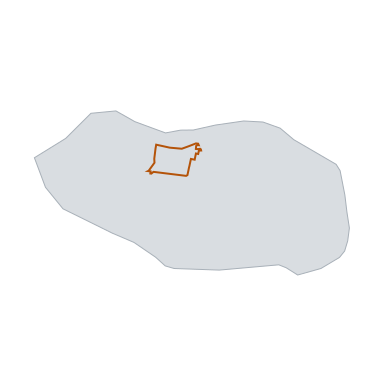 71, Umm Salal, Qatar (highlighted), rotated 277°
{"feature_id": "91078587B67880775667160", "entity_name": "71", "entity_type": "district", "adm_level": 2, "iso_a3": "QAT", "parent_name": "Qatar", "parent_adm1": "Umm Salal", "projection": "orthographic", "projection_center": [51.367, 25.463], "detail": "fine", "context": "in_parent", "style": "outline", "palette": "amber", "viewbox_px": 384, "rotation_deg": 277, "n_neighbors": 0, "source": "geoboundaries", "source_scale": "gbopen_adm2", "svg_char_len": 1087}
<svg xmlns="http://www.w3.org/2000/svg" viewBox="0 0 384 384"><g transform="rotate(277 192 192)"><path d="M207.6,344.1L191.0,348.2L175.4,352.6L162.5,352.5L152.0,350.7L145.1,346.4L131.8,329.3L122.5,307.0L128.3,294.7L130.3,287.0L117.8,228.5L113.9,183.6L115.4,174.4L122.8,163.9L134.9,140.5L141.4,118.0L159.6,66.0L178.8,46.0L206.8,31.4L229.8,60.1L257.8,82.1L263.2,106.6L254.9,126.6L247.4,158.5L252.0,173.1L253.7,185.8L261.3,207.1L268.8,234.7L270.1,253.9L266.1,271.7L256.3,286.7L237.0,331.7L231.2,336.4L207.6,344.1Z" fill="#d9dde1" stroke="#a8b0b8" stroke-width="1"/><path d="M240.7,192.2L240.7,190.0L237.0,183.1L233.7,176.6L233.5,170.5L233.3,164.5L233.8,159.3L234.6,150.7L230.8,150.5L220.4,150.5L216.5,151.2L207.8,146.4L207.4,145.8L207.4,146.6L207.4,148.4L205.3,148.4L205.3,149.4L207.3,151.3L207.3,167.9L207.3,171.4L207.3,184.2L208.2,185.4L216.4,186.1L216.8,186.2L224.7,186.9L224.4,190.7L230.7,191.2L230.5,193.5L234.0,193.8L234.3,196.0L235.4,195.6L235.9,194.8L235.3,192.8L235.2,190.6L238.2,190.5L239.3,191.7L239.3,193.0L240.7,192.2Z" fill="none" stroke="#b45309" stroke-width="2"/></g></svg>